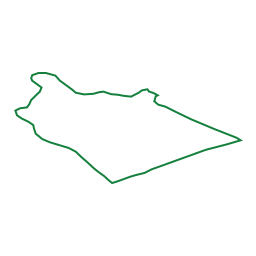 Norsjö, Västerbotten, Sweden (Robinson projection), rotated 180°
{"feature_id": "70781695B82980713589977", "entity_name": "Norsjö", "entity_type": "district", "adm_level": 2, "iso_a3": "SWE", "parent_name": "Sweden", "parent_adm1": "Västerbotten", "projection": "robinson", "projection_center": [19.643, 64.943], "detail": "fine", "context": "isolated", "style": "outline", "palette": "green", "viewbox_px": 256, "rotation_deg": 180, "n_neighbors": 0, "source": "geoboundaries", "source_scale": "gbopen_adm2", "svg_char_len": 981}
<svg xmlns="http://www.w3.org/2000/svg" viewBox="0 0 256 256"><g transform="rotate(180 128 128)"><path d="M111.3,83.1L104.5,86.6L77.3,96.4L50.2,106.2L28.6,111.8L15.4,115.7L19.3,118.2L41.8,127.0L64.6,136.6L79.8,143.9L90.7,149.4L97.7,151.3L101.7,154.7L100.3,159.6L98.3,160.7L102.3,162.9L107.0,164.5L108.6,166.7L114.2,165.6L117.2,163.3L121.2,161.3L124.9,159.4L131.8,160.1L138.5,161.3L144.8,161.8L152.4,164.3L156.4,163.9L162.7,162.2L172.0,161.6L180.3,163.3L183.6,166.2L190.3,171.1L196.3,175.5L200.6,180.4L210.2,183.0L217.5,183.0L223.8,180.8L224.8,177.7L223.8,175.3L218.8,171.7L214.5,168.5L216.2,164.3L219.1,161.6L224.8,156.0L226.7,151.8L229.0,148.6L236.0,147.7L240.6,145.4L239.0,140.7L234.3,137.5L227.3,134.1L222.7,130.9L222.0,127.4L220.3,122.3L213.7,116.9L206.1,113.7L197.5,111.1L187.2,108.0L180.2,104.3L174.6,98.9L169.6,94.6L161.7,87.3L157.4,83.9L151.8,79.9L147.5,75.9L143.9,73.0L138.1,74.8L125.7,79.3L120.3,80.9L111.3,83.1Z" fill="none" stroke="#15803d" stroke-width="2"/></g></svg>